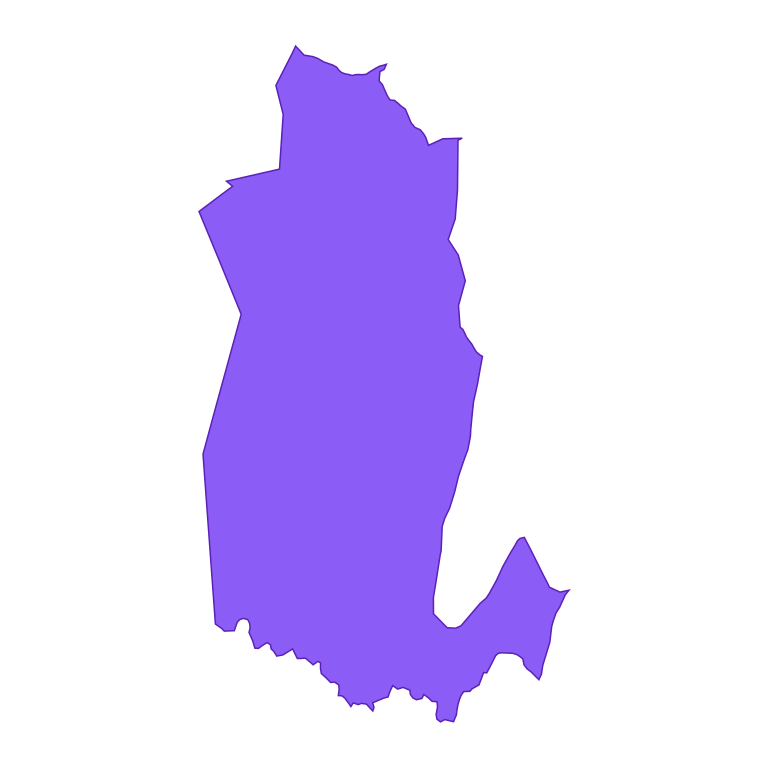 the district of Lagoa do Barro do Piauí, Piauí, Brazil
{"feature_id": "56859067B46561625908849", "entity_name": "Lagoa do Barro do Piauí", "entity_type": "district", "adm_level": 2, "iso_a3": "BRA", "parent_name": "Brazil", "parent_adm1": "Piauí", "projection": "equal_earth", "projection_center": [-41.549, -8.553], "detail": "fine", "context": "isolated", "style": "filled", "palette": "violet", "viewbox_px": 768, "rotation_deg": 0, "n_neighbors": 0, "source": "geoboundaries", "source_scale": "gbopen_adm2", "svg_char_len": 2766}
<svg xmlns="http://www.w3.org/2000/svg" viewBox="0 0 768 768"><path d="M226.5,181.2L232.6,186.3L221.7,194.4L199.0,211.5L221.0,264.7L241.2,314.3L213.0,417.2L207.9,436.1L203.0,454.1L215.4,624.0L221.6,628.4L224.3,631.1L234.3,630.7L237.2,622.3L239.7,619.6L243.3,618.4L247.8,619.6L249.7,623.6L250.1,628.0L249.0,632.4L252.8,641.2L254.9,648.2L258.5,648.4L262.1,645.7L267.0,642.6L270.5,644.7L271.1,648.8L273.7,651.3L276.8,656.1L283.0,654.9L292.6,648.9L297.3,658.5L301.1,658.5L305.3,658.1L310.0,662.0L313.1,664.8L317.8,661.4L320.5,662.8L320.5,668.5L321.3,673.5L326.4,678.1L330.6,682.5L334.6,682.1L338.8,685.0L339.1,689.8L338.3,695.6L341.9,695.8L344.8,698.1L348.7,703.3L350.9,706.6L353.2,702.9L358.2,704.6L361.4,703.4L366.4,704.1L369.5,707.5L372.8,711.0L374.0,707.5L372.7,702.7L376.0,701.4L380.6,699.4L383.8,698.1L388.1,696.9L389.8,691.8L392.7,685.6L397.7,689.1L403.1,687.4L409.8,690.2L410.4,694.5L412.9,697.9L416.4,699.7L421.9,698.5L423.9,694.5L428.5,697.9L432.1,701.4L437.0,701.7L437.5,706.9L436.1,714.6L437.0,719.2L440.5,721.9L444.8,719.6L450.6,721.0L453.5,721.7L456.4,714.8L456.9,710.4L458.0,704.4L459.7,698.7L461.1,695.4L463.7,691.6L469.9,691.3L472.2,688.7L474.9,687.2L479.0,684.9L483.6,672.6L486.7,672.9L489.8,667.2L495.6,655.7L498.1,653.4L501.4,652.8L512.8,653.3L517.1,654.7L519.8,656.5L522.8,658.8L524.0,664.8L527.1,668.9L531.3,672.1L538.9,679.7L541.4,674.3L542.8,665.2L549.8,642.4L551.7,626.4L553.5,620.1L556.1,612.9L559.7,607.1L565.4,594.6L569.0,590.2L560.0,592.1L556.2,590.4L549.4,587.2L547.3,582.7L543.4,575.2L537.2,562.7L530.4,549.1L524.3,537.4L520.0,538.4L517.4,540.9L515.0,545.4L510.7,552.4L505.9,561.0L502.8,566.6L499.1,574.7L496.1,581.1L491.3,589.8L489.2,593.6L486.2,598.1L480.3,603.2L461.1,625.7L455.6,628.2L447.1,627.7L433.5,613.8L433.4,597.5L435.8,583.1L440.2,555.0L441.1,551.0L442.2,526.5L444.7,518.4L449.6,508.2L454.6,492.2L458.5,476.2L463.1,462.6L465.3,456.4L467.9,449.5L470.4,436.5L470.8,429.0L472.1,415.5L473.5,402.0L477.5,384.1L480.7,365.8L482.5,356.4L479.9,354.9L476.5,352.0L474.1,348.3L471.8,344.1L469.2,340.8L466.3,336.8L464.7,333.1L462.8,329.3L460.1,327.2L458.5,305.5L465.3,280.8L458.3,255.1L448.2,239.5L455.2,219.0L457.5,190.0L458.0,140.3L462.2,138.2L442.8,138.8L428.5,145.3L425.6,137.1L423.6,133.8L420.4,129.9L414.9,127.4L411.3,123.1L409.8,119.8L406.8,112.6L405.3,109.1L401.2,106.2L397.7,103.0L394.5,100.4L390.1,100.0L387.7,96.5L385.4,91.6L382.4,84.6L379.2,81.0L379.4,76.8L380.0,71.6L384.1,69.4L386.4,64.3L383.1,65.3L379.8,66.1L375.8,68.2L369.2,72.2L366.2,74.3L361.9,74.7L358.6,74.5L355.2,74.7L352.2,75.5L348.8,74.5L345.3,73.9L341.7,72.6L339.0,70.3L336.6,67.2L332.9,65.1L323.7,61.9L317.7,58.4L312.9,56.6L304.0,55.1L295.6,46.1L292.2,53.4L275.9,85.4L283.2,114.4L279.5,169.1L226.5,181.2Z" fill="#8b5cf6" stroke="#5b21b6" stroke-width="1.5"/></svg>